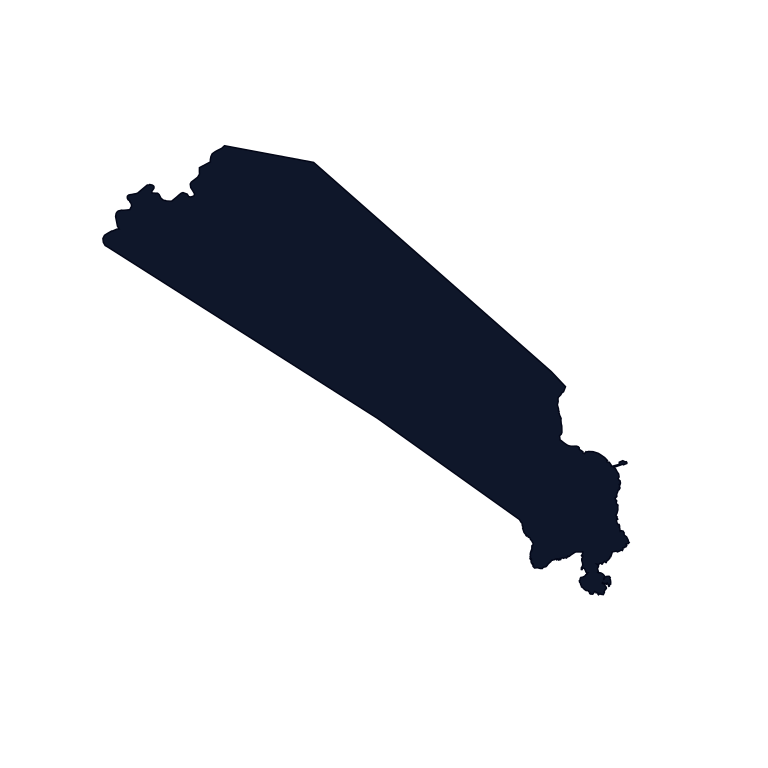 Ngchemiangel, Aimeliik, Palau (Natural Earth projection), rotated 239°
{"feature_id": "81905179B62716900655722", "entity_name": "Ngchemiangel", "entity_type": "district", "adm_level": 2, "iso_a3": "PLW", "parent_name": "Palau", "parent_adm1": "Aimeliik", "projection": "natural_earth1", "projection_center": [134.478, 7.454], "detail": "fine", "context": "isolated", "style": "filled", "palette": "ink", "viewbox_px": 768, "rotation_deg": 239, "n_neighbors": 0, "source": "geoboundaries", "source_scale": "gbopen_adm2", "svg_char_len": 5692}
<svg xmlns="http://www.w3.org/2000/svg" viewBox="0 0 768 768"><g transform="rotate(239 384 384)"><path d="M198.1,430.3L194.7,430.3L193.7,430.7L191.1,429.5L190.6,429.7L189.2,429.3L189.1,428.6L184.7,427.6L182.9,427.8L181.7,428.1L181.2,427.7L180.3,427.9L180.3,428.6L179.4,428.9L178.5,428.8L177.0,429.9L176.2,429.8L175.2,429.5L174.0,429.9L172.1,429.8L171.2,429.7L170.5,429.8L169.5,429.1L169.2,427.5L168.0,426.7L166.9,426.1L166.5,425.7L165.9,425.0L165.0,424.8L165.3,424.2L163.7,422.4L162.5,421.5L161.3,421.1L160.9,420.4L160.3,420.2L159.3,420.0L158.6,420.1L159.1,419.3L158.6,419.2L158.0,419.2L156.8,419.5L156.2,418.7L155.7,418.5L154.8,418.2L153.7,418.5L153.3,419.0L152.8,418.3L152.1,418.8L151.6,418.7L151.5,418.1L150.9,417.8L148.7,418.3L147.5,420.9L145.4,422.9L144.3,424.7L144.9,426.1L144.0,428.7L144.4,430.3L144.9,431.3L145.3,432.5L145.6,434.0L145.8,434.5L145.7,435.0L145.9,435.7L146.4,436.4L146.5,437.2L146.2,437.5L146.0,438.7L145.6,439.6L145.7,440.9L145.2,441.6L144.6,441.4L144.8,442.5L143.9,442.8L143.9,443.7L143.2,443.0L142.5,445.0L143.5,446.2L143.2,447.4L142.2,447.9L141.9,449.8L141.3,450.3L140.8,450.8L141.7,452.9L141.1,452.9L140.9,454.1L141.2,456.3L141.4,461.4L140.8,462.8L137.6,467.9L136.8,467.5L135.8,466.0L135.2,464.8L134.0,465.0L134.0,465.4L133.1,465.0L132.3,463.4L130.8,462.6L129.5,462.2L128.5,462.1L127.8,461.7L126.4,461.1L125.9,460.4L125.5,459.8L125.1,459.2L124.9,458.6L124.1,458.4L123.9,457.8L123.3,457.6L122.9,458.2L123.9,459.7L122.6,460.8L120.6,460.6L118.8,460.3L117.7,460.5L117.2,461.2L117.1,460.3L116.7,460.3L116.4,459.8L116.6,458.8L116.2,458.0L115.9,456.9L116.2,454.3L116.8,453.2L116.5,452.4L116.2,452.0L115.1,451.2L114.8,450.1L113.4,449.6L111.6,449.8L110.7,449.2L109.5,449.3L108.4,448.8L107.1,449.5L104.8,450.0L102.9,450.8L101.6,452.7L100.6,452.5L99.2,453.2L98.5,452.4L97.6,452.8L96.3,454.7L97.1,456.6L97.7,457.9L96.7,458.4L95.8,458.2L95.5,459.2L94.9,459.2L94.4,459.7L93.4,459.1L92.9,459.3L93.4,460.0L92.9,460.3L93.2,461.3L92.1,461.5L90.5,463.5L91.6,465.2L92.0,465.7L92.6,465.6L93.1,466.5L93.9,468.0L94.0,468.9L94.4,469.5L95.3,469.8L96.1,469.8L97.0,469.5L97.9,469.7L99.4,469.4L100.3,468.7L101.0,468.5L101.3,469.2L99.4,470.3L98.5,471.6L97.8,471.4L97.7,472.2L98.4,472.5L98.5,472.8L97.2,472.7L96.6,473.0L96.1,472.8L95.3,472.4L94.7,472.5L94.7,473.1L95.7,474.0L95.8,474.6L95.7,475.2L97.4,476.3L99.4,477.2L101.2,477.5L101.5,478.2L103.1,478.0L103.6,477.3L104.4,475.8L104.4,474.7L104.6,473.8L104.0,472.9L103.2,472.1L103.4,471.6L104.2,472.1L104.5,472.9L105.6,474.2L107.7,473.9L109.0,473.4L110.2,472.7L111.1,471.8L111.6,470.7L112.4,470.2L112.6,471.0L113.1,471.2L115.2,471.7L116.0,472.1L116.5,472.6L116.7,473.3L117.6,474.3L119.1,473.9L119.9,473.7L118.8,474.9L118.8,475.6L119.1,476.4L118.6,477.8L117.6,477.8L117.2,478.5L117.9,479.4L118.1,480.5L118.6,481.5L116.9,482.0L116.5,482.6L117.4,483.4L117.7,485.4L118.4,487.8L119.2,488.3L119.1,489.4L121.5,492.2L122.5,493.2L121.0,497.2L119.9,497.5L119.6,498.9L119.5,500.5L119.5,501.5L119.2,502.1L118.5,502.5L119.1,503.6L120.4,504.3L120.0,505.5L120.3,506.6L119.8,507.3L120.5,508.9L122.2,509.1L121.4,511.3L121.9,512.6L123.5,512.2L124.2,512.9L125.8,513.0L128.0,513.2L130.5,512.2L131.9,512.4L132.6,513.2L133.3,513.0L134.5,513.3L135.3,512.6L136.4,511.5L136.2,510.7L137.6,511.1L139.2,512.0L140.1,511.8L140.7,512.8L142.5,513.2L143.1,512.2L144.9,512.2L146.6,512.7L147.7,513.1L147.7,514.7L148.5,514.8L148.7,514.2L149.7,514.6L150.0,515.4L151.1,515.1L152.1,515.3L153.2,517.1L155.6,519.6L158.4,521.2L159.7,522.2L161.4,521.6L162.9,522.1L163.9,523.3L165.7,523.0L167.3,523.4L167.3,524.3L167.6,525.6L169.8,526.8L171.1,528.6L172.4,530.1L172.3,531.2L173.3,532.7L173.8,532.2L175.2,533.5L176.6,533.9L176.2,534.5L177.3,535.7L179.6,536.5L180.3,536.0L182.4,535.9L183.2,537.6L186.0,538.8L188.6,538.6L192.0,538.8L194.2,538.0L192.8,544.5L192.3,547.2L191.4,547.6L191.1,549.7L190.8,551.2L191.5,551.7L192.6,551.7L193.1,550.6L195.3,549.2L195.8,545.4L194.0,544.2L195.8,537.8L196.3,536.4L197.0,537.0L199.7,536.9L201.1,536.7L202.0,535.1L203.5,535.5L203.5,536.1L207.1,535.3L211.2,533.5L214.2,532.0L218.3,528.4L220.9,524.5L221.4,522.6L222.0,522.3L221.1,519.9L222.6,519.0L223.5,519.6L225.9,518.5L227.4,517.7L228.7,518.5L230.2,518.2L231.5,517.1L234.4,512.2L236.0,510.5L237.3,509.6L239.8,508.4L241.8,507.6L244.3,506.7L245.3,506.1L249.2,507.8L249.7,510.1L250.9,511.6L256.5,514.8L258.8,515.5L262.0,517.1L263.3,518.1L267.0,518.5L268.4,519.0L269.2,519.0L270.5,520.0L271.0,519.6L272.6,520.7L276.9,521.9L279.2,524.2L281.7,525.5L282.8,526.5L283.7,530.0L284.8,531.8L284.9,533.9L288.2,538.2L308.3,533.8L610.2,437.8L670.4,370.0L669.6,366.3L670.0,361.6L670.1,359.0L669.8,355.3L668.1,352.8L665.9,350.8L663.8,349.5L664.5,337.2L661.4,335.3L658.9,333.9L657.2,330.7L656.6,325.1L656.3,322.7L655.2,320.9L651.9,319.5L649.6,319.6L646.5,319.6L644.4,319.5L643.1,317.9L643.8,314.7L645.2,313.1L648.1,313.1L649.7,311.8L651.6,310.3L652.0,308.6L651.7,306.0L651.0,302.4L650.1,296.0L652.9,291.8L654.1,290.9L654.7,289.9L655.8,289.3L657.1,288.9L658.2,288.5L662.2,288.8L664.1,288.2L664.9,287.0L664.8,286.4L665.5,286.1L667.0,283.7L668.1,283.8L668.8,284.4L670.2,287.5L671.4,288.4L672.4,288.5L673.8,287.9L675.7,285.9L675.7,284.8L676.5,283.5L675.3,275.9L674.5,271.1L675.0,269.1L675.6,267.7L676.3,265.6L677.0,264.0L677.5,262.4L677.2,260.9L676.5,260.2L675.1,259.6L674.4,259.9L674.0,259.5L673.3,259.7L672.2,260.3L671.3,260.0L669.0,260.2L667.6,259.8L666.3,259.1L665.6,257.8L664.4,256.0L664.7,255.1L665.4,253.6L666.4,251.5L667.4,249.6L668.3,248.4L668.5,247.4L669.2,245.3L668.9,243.7L668.2,242.3L665.8,240.2L656.5,236.8L653.4,236.9L654.4,234.5L654.9,230.3L655.4,229.4L655.5,224.5L655.4,221.0L653.5,218.0L650.0,216.4L646.3,216.3L644.2,217.5L358.2,360.6L198.1,430.3Z" fill="#0f172a" stroke="#020617" stroke-width="1.5"/></g></svg>